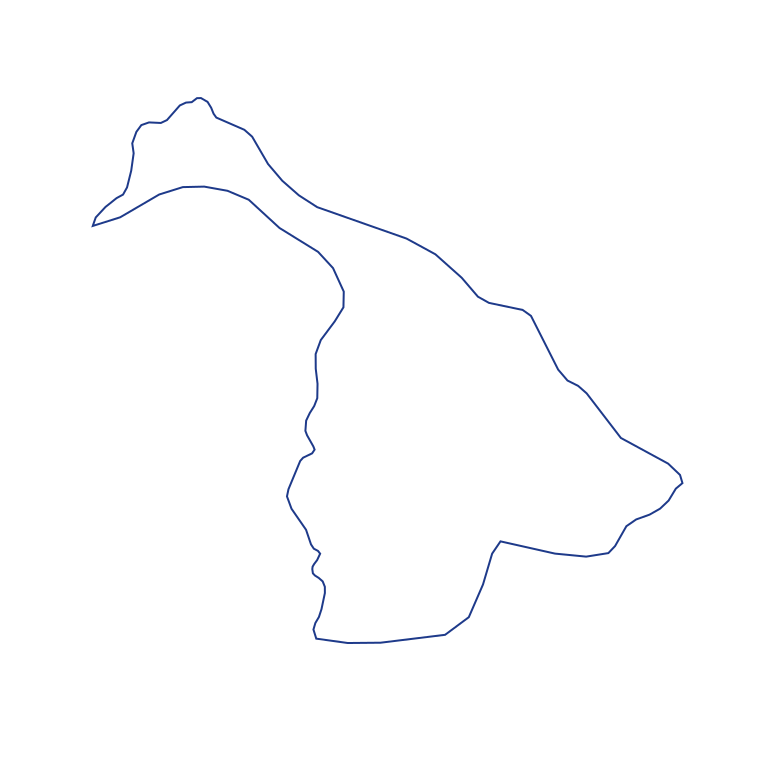 map outline of Aklan (Albers equal-area conic projection), rotated 7°
{"feature_id": "PHL-2525", "entity_name": "Aklan", "entity_type": "Province", "adm_level": 1, "iso_a3": "PHL", "parent_name": "Philippines", "parent_adm1": "", "projection": "albers", "projection_center": [122.165, 11.627], "detail": "fine", "context": "isolated", "style": "outline", "palette": "blue", "viewbox_px": 768, "rotation_deg": 7, "n_neighbors": 0, "source": "natural_earth", "source_scale": "10m", "svg_char_len": 1514}
<svg xmlns="http://www.w3.org/2000/svg" viewBox="0 0 768 768"><g transform="rotate(7 384 384)"><path d="M75.7,262.6L76.1,260.6L77.6,253.8L86.0,242.2L95.9,232.1L101.9,227.8L105.0,220.2L107.1,203.1L107.4,185.5L104.8,175.8L107.5,163.9L111.6,156.6L118.9,153.0L130.7,152.1L136.4,148.5L147.4,132.4L153.2,128.8L158.8,127.7L163.5,123.1L167.5,122.5L174.5,125.5L178.8,130.9L181.9,136.5L185.1,140.0L214.4,148.7L223.0,154.6L242.1,179.8L258.3,194.7L276.5,207.1L296.1,216.6L388.6,236.9L419.2,249.0L448.2,269.1L466.6,285.9L478.3,290.7L512.6,293.6L521.6,298.5L555.1,348.5L565.7,358.2L576.9,362.2L586.3,368.6L625.7,408.7L675.7,428.4L688.9,438.2L692.3,446.0L686.4,452.3L680.7,465.0L673.2,474.1L663.5,481.3L650.8,487.7L641.9,495.6L633.1,516.7L627.3,524.5L605.7,530.7L574.4,531.5L518.8,526.0L512.0,539.2L506.7,570.9L496.6,605.1L475.2,625.5L412.1,641.2L379.6,645.5L347.8,645.0L343.9,636.3L345.0,629.6L347.8,623.2L349.4,615.1L350.8,598.7L350.0,592.5L347.2,587.4L342.8,584.4L338.8,582.5L336.5,580.6L335.4,576.5L335.4,574.0L336.6,571.2L339.1,566.9L341.3,560.2L338.8,557.7L334.4,556.0L331.1,552.1L324.4,538.2L307.4,519.1L301.4,507.4L302.0,500.1L310.2,470.6L312.7,467.0L321.1,461.6L323.1,457.6L321.5,454.6L313.9,444.3L311.7,440.1L311.2,429.8L313.9,421.8L317.4,414.4L319.5,406.2L318.0,391.9L314.4,377.2L312.5,362.6L315.9,348.1L327.5,327.8L334.4,312.8L332.8,297.2L319.3,275.2L302.5,260.9L261.3,241.9L227.3,217.6L205.1,211.3L181.5,210.0L160.3,213.1L137.8,223.3L101.8,250.7L75.7,262.6Z" fill="none" stroke="#1e3a8a" stroke-width="2"/></g></svg>